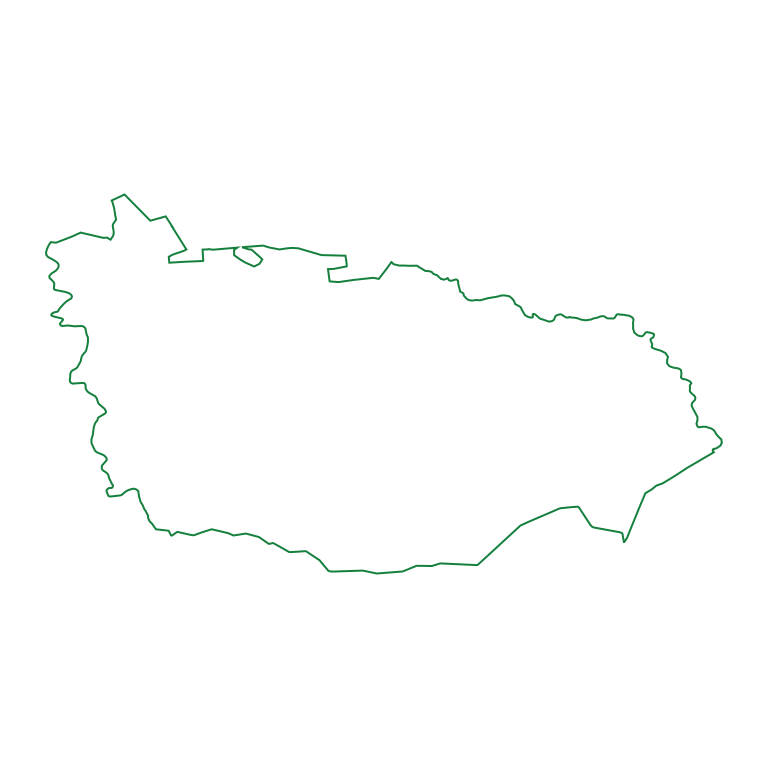 Pilskalnes pag., Neretas, Latvia (Equal Earth projection)
{"feature_id": "27541924B3554610472983", "entity_name": "Pilskalnes pag.", "entity_type": "district", "adm_level": 2, "iso_a3": "LVA", "parent_name": "Latvia", "parent_adm1": "Neretas", "projection": "equal_earth", "projection_center": [25.154, 56.226], "detail": "fine", "context": "isolated", "style": "outline", "palette": "green", "viewbox_px": 768, "rotation_deg": 0, "n_neighbors": 0, "source": "geoboundaries", "source_scale": "gbopen_adm2", "svg_char_len": 6003}
<svg xmlns="http://www.w3.org/2000/svg" viewBox="0 0 768 768"><path d="M50.9,242.1L48.6,245.4L46.9,249.3L46.1,252.1L46.2,254.4L46.8,255.6L48.0,257.0L53.6,260.0L56.9,262.3L58.2,263.7L58.6,264.8L58.6,266.0L58.4,267.2L57.8,268.4L56.7,269.8L55.7,270.8L51.8,273.3L49.8,275.3L49.3,276.5L49.6,278.0L52.4,280.6L54.0,282.7L54.3,283.9L53.9,288.5L54.1,289.1L54.5,289.5L55.5,290.0L65.2,291.9L68.6,293.0L69.9,293.7L71.3,295.0L71.6,295.4L71.9,296.6L71.6,297.8L71.0,298.6L67.0,301.0L64.1,303.5L59.7,308.4L57.8,311.4L57.3,311.7L54.5,312.3L53.0,312.9L51.8,313.8L51.3,314.6L51.3,315.0L51.9,315.7L53.4,316.4L61.9,318.5L62.7,319.0L63.0,319.8L62.8,320.1L59.9,323.7L59.9,324.1L60.6,325.3L62.0,326.0L68.4,325.5L74.3,326.3L81.4,326.0L83.1,326.3L84.7,327.5L85.4,328.6L86.7,334.7L87.9,337.4L88.0,341.5L87.5,344.8L86.2,350.4L85.3,351.9L83.7,353.6L81.8,356.2L80.6,361.4L77.4,367.2L76.0,368.5L72.3,370.5L71.0,371.9L70.2,374.2L70.3,375.9L69.8,380.0L70.0,381.6L71.2,383.0L72.7,383.6L82.8,382.9L84.5,383.3L85.0,383.9L85.5,385.1L85.7,388.7L87.4,391.4L88.9,392.7L95.3,396.3L96.8,398.5L98.0,402.5L98.6,403.7L104.2,408.5L105.5,410.3L106.0,411.5L105.9,412.3L105.2,413.4L98.5,417.4L97.9,418.1L97.7,419.4L97.0,420.8L96.5,421.6L95.7,422.1L94.5,424.9L93.8,427.3L92.7,435.5L91.6,438.7L91.4,440.3L91.5,442.9L91.7,443.7L95.1,450.8L95.8,451.5L97.5,452.6L103.7,455.1L105.8,457.1L106.7,458.6L106.7,459.8L106.3,460.6L102.3,465.2L101.9,466.0L101.7,466.8L101.8,468.4L102.7,470.3L105.9,472.3L107.7,473.9L108.3,475.1L109.3,478.7L110.4,480.7L111.4,483.0L112.9,485.3L112.9,486.1L112.5,487.3L111.8,487.9L108.8,488.1L107.2,489.3L106.7,490.1L106.5,490.9L107.3,493.3L108.3,495.6L108.6,496.0L109.5,496.4L110.8,496.5L119.7,495.5L120.8,495.3L121.8,494.8L125.6,491.6L128.4,490.1L131.7,489.0L134.0,488.7L136.2,489.4L138.1,490.9L138.3,491.3L139.0,496.2L140.6,501.9L142.4,504.6L144.2,508.9L145.2,510.3L148.1,515.7L148.0,517.4L148.3,518.2L149.2,520.6L149.7,521.3L152.4,524.1L153.3,525.6L156.0,529.3L168.5,530.7L169.2,531.7L170.9,535.2L171.5,535.6L172.1,535.5L176.8,532.2L177.5,531.9L190.7,534.9L192.9,535.2L194.1,535.2L200.6,532.8L210.2,529.7L211.9,529.3L228.3,533.2L233.6,535.5L245.4,533.6L246.4,533.7L258.9,537.0L268.7,543.8L269.3,543.9L272.5,543.1L273.3,543.1L289.1,552.0L290.9,552.1L305.2,551.2L306.1,551.3L319.5,560.2L328.2,570.6L329.2,571.2L332.1,571.6L362.5,570.6L363.9,570.8L376.7,573.5L402.6,571.5L416.5,565.8L431.9,566.0L440.3,563.4L477.0,565.1L478.0,564.6L480.0,562.8L520.5,525.5L527.7,522.2L559.7,508.4L560.8,508.2L571.8,507.1L577.1,506.7L578.2,506.8L579.1,507.7L590.6,525.2L591.8,526.5L593.4,527.4L619.6,532.2L621.5,532.8L622.2,533.3L622.5,533.9L623.9,542.0L624.3,542.0L626.8,538.3L628.4,534.6L628.6,533.9L639.0,508.3L645.4,493.2L651.9,489.3L656.2,485.7L662.8,483.3L675.1,475.8L687.1,467.9L713.8,452.3L712.9,451.5L712.7,450.4L712.9,449.5L713.6,449.0L713.9,449.3L714.4,448.9L716.8,448.1L720.4,445.6L721.2,444.3L721.4,443.2L721.9,442.7L721.2,439.1L720.5,438.8L717.6,435.8L715.9,433.5L714.3,430.7L712.4,429.2L710.9,428.4L705.9,426.8L703.0,426.7L699.1,427.3L697.8,426.7L697.0,425.5L696.5,423.6L697.4,420.5L697.5,417.4L697.2,416.5L692.6,407.9L691.7,405.7L691.7,404.2L692.0,403.2L695.0,399.8L695.3,398.7L695.3,397.6L694.6,396.0L691.6,393.4L690.1,391.7L689.8,390.9L690.0,387.3L689.8,386.3L690.0,385.1L691.3,383.3L690.8,382.4L689.9,381.4L687.2,380.0L685.5,379.4L682.8,379.0L681.6,378.3L681.0,377.2L681.4,374.3L681.4,372.6L680.9,370.0L680.6,369.7L678.3,368.4L673.3,367.6L670.7,366.7L669.5,366.2L668.2,364.9L667.0,363.0L667.2,361.2L667.1,360.0L668.0,356.9L665.4,353.0L661.3,350.9L654.3,348.7L651.9,347.5L651.7,346.6L652.2,345.1L652.1,344.0L650.5,340.2L650.5,339.8L650.8,338.9L653.4,337.2L654.0,335.0L654.0,334.5L653.6,333.8L651.0,332.9L647.1,332.1L646.0,332.4L645.2,333.0L644.1,334.6L642.6,336.0L641.0,336.3L639.5,336.0L637.6,335.3L635.1,333.3L634.3,332.4L633.0,328.2L633.2,326.3L633.0,323.2L633.5,319.8L633.4,319.1L632.3,317.5L629.5,315.8L622.9,314.7L620.8,314.7L618.2,314.2L617.1,314.4L616.6,314.8L614.7,317.7L613.7,318.5L607.8,318.4L606.8,318.1L604.8,316.6L603.4,316.2L602.2,316.2L600.6,316.4L597.2,317.7L593.0,318.6L591.5,319.4L586.1,320.3L581.4,319.7L579.3,319.0L578.1,318.4L574.9,317.8L570.4,317.4L570.2,317.1L569.2,317.1L568.1,317.6L566.4,317.5L564.9,316.8L561.4,314.5L560.0,314.3L557.3,315.1L555.6,316.0L555.3,316.4L554.2,319.3L553.8,319.9L552.6,320.8L550.9,321.4L549.0,321.6L539.8,318.5L535.6,314.7L533.9,313.9L533.2,314.0L532.7,314.6L532.9,316.8L532.5,317.4L531.8,317.6L529.8,317.4L527.9,316.8L524.9,315.0L522.0,310.1L521.2,308.2L520.5,307.1L519.1,306.1L515.6,304.3L515.0,303.7L514.2,301.4L513.7,300.5L511.7,298.1L509.1,296.2L504.5,295.4L501.4,295.5L497.5,296.6L487.9,298.2L480.3,300.3L476.1,300.0L472.2,300.6L469.3,300.2L467.5,299.4L465.8,297.8L463.9,295.7L463.3,293.3L460.3,291.6L459.9,291.0L459.8,289.9L458.2,283.7L458.1,281.1L457.1,279.8L455.6,279.5L451.7,280.7L449.9,280.7L449.0,280.2L448.6,279.8L448.0,278.4L447.5,278.1L445.8,279.1L443.4,279.7L442.1,279.0L441.1,279.0L438.1,276.3L437.6,275.5L433.3,273.8L431.6,271.9L429.6,271.3L425.0,270.8L421.5,268.5L418.6,266.9L417.8,266.1L417.0,265.7L410.1,265.8L401.5,265.5L400.0,265.7L393.9,264.3L393.3,264.0L392.2,262.7L391.4,262.1L386.9,268.4L378.8,278.9L373.4,277.8L353.9,279.9L338.5,282.1L329.8,281.4L329.6,281.3L328.0,269.1L333.6,268.9L346.7,266.4L346.8,266.1L346.6,263.4L345.5,255.7L321.5,255.1L298.3,248.3L291.9,247.9L286.6,248.4L279.3,249.5L278.7,249.3L269.3,247.5L263.2,245.6L242.0,247.2L248.8,249.4L251.5,249.6L259.4,256.6L262.3,259.4L259.5,263.8L254.2,266.5L244.8,262.3L240.4,259.6L234.1,255.2L234.1,249.9L237.4,247.6L213.2,249.7L208.3,249.1L207.8,249.4L202.6,249.6L203.2,260.5L203.2,260.8L202.9,261.0L184.0,261.8L169.3,262.7L168.8,256.8L172.8,254.6L183.4,251.0L186.4,249.5L172.2,226.9L172.5,226.9L165.7,216.4L150.3,220.7L124.5,194.5L111.7,200.5L112.3,201.8L114.1,207.9L115.2,215.2L116.1,219.6L113.0,224.2L112.7,225.7L113.8,232.2L113.3,235.5L110.6,239.7L107.9,238.2L107.3,237.6L103.4,237.9L80.7,232.6L71.6,236.7L56.6,242.5L55.8,242.7L50.9,242.1Z" fill="none" stroke="#15803d" stroke-width="2"/></svg>